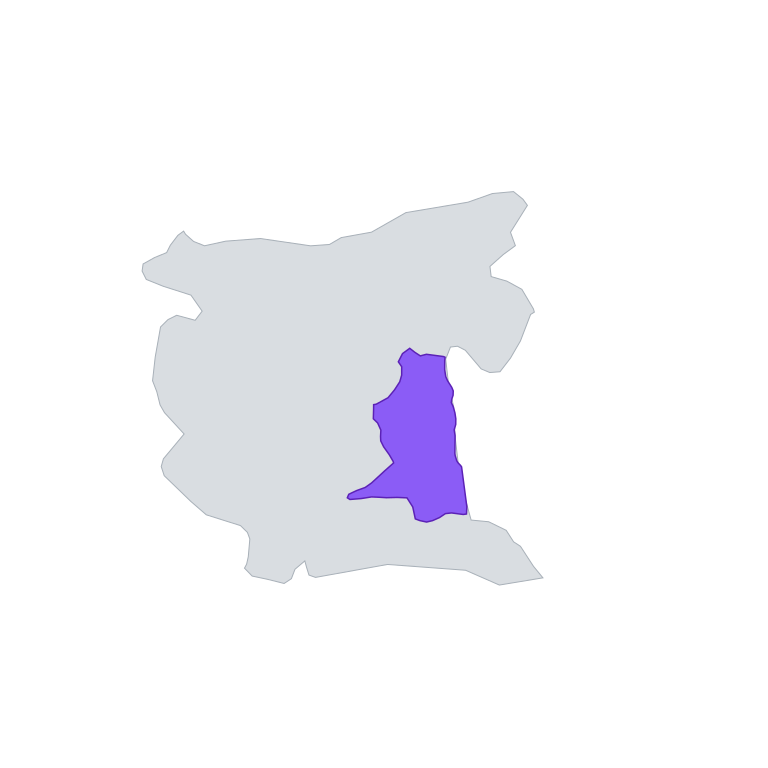 Montenegro, with Podgorica highlighted, rotated 318°
{"feature_id": "MNE-1517", "entity_name": "Podgorica", "entity_type": "Municipality", "adm_level": 1, "iso_a3": "MNE", "parent_name": "Montenegro", "parent_adm1": "", "projection": "natural_earth1", "projection_center": [19.345, 42.469], "detail": "fine", "context": "in_parent", "style": "filled", "palette": "violet", "viewbox_px": 768, "rotation_deg": 318, "n_neighbors": 0, "source": "natural_earth", "source_scale": "10m", "svg_char_len": 2225}
<svg xmlns="http://www.w3.org/2000/svg" viewBox="0 0 768 768"><g transform="rotate(318 384 384)"><path d="M337.4,136.3L336.7,139.9L337.9,150.7L343.1,161.2L361.9,171.9L389.5,193.2L421.9,232.2L436.8,243.8L450.2,246.6L476.3,262.8L494.6,266.8L515.0,271.3L568.1,305.1L592.0,315.0L609.0,327.7L610.9,339.7L610.1,347.2L579.5,355.9L574.2,369.1L559.3,367.6L541.4,367.5L535.5,375.9L544.1,389.7L549.8,405.9L545.3,428.2L543.8,431.2L539.5,430.4L514.2,443.3L495.3,449.4L478.4,452.5L470.3,446.3L466.3,437.8L467.0,413.3L463.9,405.1L458.1,401.0L446.5,406.8L433.0,425.7L420.4,447.7L401.6,470.7L386.0,492.7L369.2,520.5L357.7,543.4L369.6,556.4L376.9,574.5L374.7,588.0L376.8,595.9L373.1,619.5L372.4,634.4L335.2,610.6L320.0,577.0L265.8,520.4L203.7,481.9L200.4,475.8L203.8,468.4L206.8,462.5L193.9,462.1L184.9,466.7L176.3,465.4L166.6,451.0L157.5,438.5L157.1,427.5L161.3,426.0L167.5,421.6L180.6,409.4L183.2,402.9L182.6,393.2L164.4,362.3L161.9,342.3L159.3,305.1L163.2,296.3L170.0,292.0L202.0,287.4L201.7,258.4L203.6,249.7L210.0,237.7L214.2,226.7L232.0,210.9L256.1,192.1L266.6,191.6L275.9,194.2L286.3,210.3L297.6,208.2L300.0,188.8L285.2,163.4L277.3,147.2L279.8,138.2L285.3,133.6L298.1,136.5L310.4,140.9L318.1,137.9L330.3,135.6L337.4,136.3Z" fill="#d9dde1" stroke="#a8b0b8" stroke-width="1"/><path d="M447.3,405.0L444.9,407.1L438.7,413.9L434.8,419.9L433.4,424.1L432.1,431.9L430.8,435.5L427.8,438.6L424.4,440.5L421.6,442.8L420.2,447.3L417.4,452.9L414.1,457.9L410.2,462.1L405.5,465.0L402.3,469.9L390.2,483.0L389.0,484.8L386.7,489.7L386.3,491.8L386.4,495.9L386.2,497.5L363.4,530.7L358.3,535.8L355.6,534.0L347.9,525.0L342.9,521.4L335.9,520.4L328.6,518.0L323.3,515.1L319.3,509.6L317.0,505.2L323.1,494.6L324.9,484.0L317.9,477.1L309.7,470.1L304.3,464.6L299.2,459.6L290.3,453.8L281.4,447.0L280.6,444.0L284.0,442.4L287.5,443.4L292.4,444.9L300.8,448.3L308.5,449.2L326.5,449.0L338.3,449.1L339.0,447.7L340.6,440.1L341.7,430.5L343.5,424.1L346.4,420.6L350.8,416.2L353.2,408.7L352.8,402.7L359.0,396.2L362.5,392.4L364.7,393.8L377.8,396.9L387.9,395.4L397.2,392.9L403.1,389.2L408.7,383.0L409.5,377.1L418.1,373.8L427.0,374.7L428.1,381.0L429.8,387.4L435.4,390.3L440.2,395.9L446.5,403.3L447.3,404.9L447.3,405.0Z" fill="#8b5cf6" stroke="#5b21b6" stroke-width="1.5"/></g></svg>